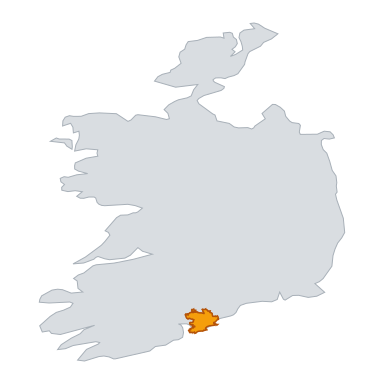 location of Midleton Lea-7, Cork, Ireland
{"feature_id": "5873133B11513938910004", "entity_name": "Midleton Lea-7", "entity_type": "district", "adm_level": 2, "iso_a3": "IRL", "parent_name": "Ireland", "parent_adm1": "Cork", "projection": "equal_earth", "projection_center": [-8.098, 51.922], "detail": "fine", "context": "in_parent", "style": "filled", "palette": "amber", "viewbox_px": 384, "rotation_deg": 0, "n_neighbors": 0, "source": "geoboundaries", "source_scale": "gbopen_adm2", "svg_char_len": 8498}
<svg xmlns="http://www.w3.org/2000/svg" viewBox="0 0 384 384"><path d="M260.5,46.2L249.7,51.6L248.0,53.7L245.0,62.0L244.6,64.4L237.9,73.7L234.0,75.6L228.3,77.1L225.0,78.6L220.9,77.8L215.7,77.9L213.1,79.6L213.3,80.9L214.8,82.3L224.4,86.6L223.9,88.4L221.2,90.4L204.0,95.5L198.8,98.5L197.1,100.5L198.9,103.8L212.7,113.9L215.0,115.0L217.0,120.9L229.2,123.4L234.2,127.0L238.5,127.9L247.8,127.6L251.6,129.0L253.7,127.9L254.9,126.0L265.3,118.8L262.0,113.5L272.5,104.4L275.4,104.5L280.3,107.3L284.4,111.1L285.7,116.3L289.6,121.0L292.1,122.6L298.8,123.5L300.4,125.3L299.3,132.1L300.3,134.4L317.4,134.2L324.2,131.2L330.1,131.8L333.1,134.8L334.4,137.9L329.3,139.1L324.0,138.5L321.4,140.5L321.3,144.5L323.2,149.6L326.8,153.2L329.7,161.3L332.2,170.4L336.0,175.9L336.8,182.7L336.3,186.1L337.1,192.1L335.5,194.2L336.8,199.9L343.3,218.2L344.7,232.5L341.7,237.9L337.7,243.0L335.0,249.1L333.0,255.6L331.9,266.2L323.1,278.6L319.3,281.7L314.9,283.6L324.7,292.3L316.8,296.2L308.2,297.4L298.6,295.3L292.6,295.5L285.1,300.1L283.4,299.2L279.7,292.1L277.2,299.5L271.7,301.8L262.2,301.3L246.4,303.3L240.4,305.4L237.9,308.7L236.0,312.5L233.5,314.8L230.8,315.9L218.6,318.8L216.2,319.9L210.5,326.1L203.1,329.6L197.0,330.7L191.5,327.1L189.3,324.9L186.7,323.8L178.4,324.0L181.0,325.1L182.7,327.7L183.5,332.5L182.6,337.3L178.4,339.7L173.5,340.2L165.7,345.1L155.4,346.5L149.8,351.0L115.6,358.8L113.7,358.9L109.0,356.9L103.9,356.0L98.8,356.6L84.5,361.0L77.6,360.1L86.5,349.4L98.4,344.0L99.7,342.5L95.8,341.7L73.2,345.5L65.4,348.7L57.6,349.6L61.2,344.7L71.4,338.1L80.2,333.7L84.0,329.7L94.6,325.3L60.3,334.5L51.4,333.4L49.3,330.8L42.3,332.0L39.7,325.8L50.2,316.4L56.3,312.4L63.5,310.2L70.4,307.1L73.0,303.3L69.8,302.0L49.1,303.0L39.3,302.2L39.9,299.2L41.7,295.8L52.0,290.1L57.6,289.2L62.5,289.7L71.2,293.1L82.8,292.0L78.0,288.4L77.2,281.0L73.6,278.5L78.3,275.0L83.8,273.0L92.9,265.9L96.1,264.8L114.0,263.1L133.3,259.3L152.4,254.2L142.6,251.3L137.9,247.6L130.4,255.2L124.9,258.1L109.6,259.7L104.8,258.8L98.0,256.5L95.8,257.4L93.9,259.2L83.7,263.0L73.0,263.9L85.5,257.0L101.3,245.3L104.8,241.6L109.9,235.2L108.4,232.4L105.1,230.8L116.6,217.6L120.6,215.2L127.9,214.9L133.2,212.8L135.6,212.8L137.7,212.0L142.4,208.1L135.2,205.6L127.8,204.3L104.8,205.7L101.7,205.4L98.9,204.2L97.1,202.4L95.7,198.0L94.1,197.0L88.9,197.0L83.8,198.3L80.2,198.2L76.7,196.3L82.3,191.7L75.2,190.7L67.9,191.6L61.8,190.2L61.7,187.3L64.5,184.5L60.9,181.8L60.2,178.4L64.1,176.7L68.2,177.3L76.8,174.8L87.7,173.6L78.4,171.1L74.7,169.0L74.6,165.7L75.3,162.9L86.2,158.2L97.8,156.2L97.0,153.1L97.8,149.8L86.2,148.8L74.6,151.1L75.9,144.8L78.8,139.0L79.4,135.2L78.9,131.2L73.4,132.9L72.9,127.2L70.6,123.3L62.6,126.0L62.9,120.9L65.2,117.2L69.4,115.7L73.6,116.4L81.2,116.3L88.7,113.6L99.4,112.9L116.4,113.7L128.0,121.4L131.0,120.0L135.7,115.2L137.9,114.7L155.5,116.8L166.5,119.5L169.4,118.7L167.9,113.3L164.1,109.6L168.8,104.8L174.6,101.5L178.4,99.8L187.3,97.8L191.2,95.9L193.7,89.7L197.8,84.5L175.6,87.2L154.5,81.1L157.9,76.7L162.4,74.3L170.1,72.4L170.8,70.1L174.7,68.3L181.1,63.3L178.8,56.9L180.1,52.2L184.7,49.2L186.1,44.8L188.2,41.6L197.6,40.4L206.6,37.4L220.4,37.0L224.0,38.2L223.2,33.0L229.7,32.3L232.3,33.3L233.4,37.1L236.4,39.5L237.3,43.6L235.3,46.8L232.0,49.3L235.1,51.8L230.4,56.4L235.5,54.5L242.7,50.0L242.3,46.3L241.0,41.7L239.0,37.6L239.9,33.0L244.0,30.1L254.7,28.7L250.2,23.5L254.1,23.0L258.4,24.1L264.7,28.2L277.9,33.8L271.5,38.9L263.6,42.4L260.5,46.2ZM72.3,146.9L72.0,149.3L66.9,146.2L64.5,142.9L50.4,141.3L56.3,138.0L59.2,139.0L69.1,139.1L71.9,140.5L72.3,146.9Z" fill="#d9dde1" stroke="#a8b0b8" stroke-width="1"/><path d="M192.6,325.7L192.8,325.8L192.4,326.1L192.4,326.5L192.6,326.8L193.6,326.7L193.8,326.7L194.2,326.7L194.8,326.5L195.1,326.4L195.4,326.4L195.1,326.4L195.0,326.6L194.9,326.6L194.7,326.8L194.0,326.9L194.0,326.7L193.9,326.8L193.9,327.0L193.5,327.3L193.5,327.6L193.4,327.8L193.6,327.8L193.2,328.0L192.8,328.0L192.5,328.0L192.4,328.0L192.4,327.8L192.3,328.0L192.1,328.0L191.5,328.1L190.9,328.6L190.7,328.5L190.3,328.5L190.2,328.8L190.6,329.0L190.8,329.2L190.8,329.6L190.7,329.7L190.2,329.8L189.6,329.7L189.9,329.4L189.7,329.2L189.4,329.3L189.4,329.5L189.5,329.6L189.6,329.9L189.0,330.1L188.6,330.5L188.9,331.0L189.5,331.1L189.5,331.3L189.7,331.5L189.5,331.8L189.4,332.0L189.4,332.4L189.2,332.5L189.3,332.5L189.5,332.5L189.9,332.5L190.0,332.6L190.5,332.4L190.9,332.6L191.0,332.4L191.5,332.3L191.8,332.3L192.1,332.5L192.3,332.5L192.5,332.6L192.8,332.4L193.3,332.4L193.3,332.5L193.4,332.4L194.4,332.4L194.5,332.2L194.6,332.3L194.6,332.6L194.7,332.8L194.9,332.9L194.9,333.1L194.9,333.3L195.3,333.2L195.7,333.1L196.1,332.9L196.2,332.7L196.6,332.4L196.9,332.1L197.0,332.0L197.1,331.9L197.5,331.7L198.0,331.4L198.9,331.3L199.3,331.1L199.7,331.2L200.2,331.2L200.5,331.1L200.8,331.1L201.0,331.0L201.5,331.1L202.2,331.0L202.3,331.1L202.6,331.1L202.9,331.1L203.2,330.8L203.5,330.7L203.7,330.3L203.9,330.4L204.1,330.5L204.3,330.5L204.5,330.4L204.6,330.2L204.8,330.2L205.1,330.1L205.4,330.2L205.5,330.1L206.0,330.0L206.1,329.8L206.4,329.9L206.6,329.7L206.7,329.8L207.1,329.6L207.1,329.4L207.1,329.5L206.9,329.4L207.1,329.4L206.9,329.4L206.5,329.2L205.7,329.0L205.6,328.8L205.7,328.5L205.6,328.3L205.7,327.8L206.2,327.5L206.4,327.2L206.9,326.8L207.4,326.5L208.6,326.1L209.7,325.7L211.3,325.7L211.6,325.6L211.8,325.5L212.2,325.4L212.5,325.5L212.8,325.4L213.0,325.5L213.4,325.3L213.5,325.3L213.7,325.2L214.0,325.3L214.1,325.2L214.4,325.2L214.5,325.0L214.8,325.0L214.9,324.9L215.0,324.9L215.1,325.0L215.4,324.9L215.5,325.0L215.8,325.0L216.0,325.0L216.4,324.7L216.5,324.7L216.5,324.8L216.6,324.7L216.7,324.4L216.4,324.2L216.2,324.1L215.8,324.0L215.5,323.8L215.2,323.7L214.0,323.6L213.8,323.4L213.7,323.1L213.8,322.5L214.8,322.1L215.1,322.1L215.3,322.0L215.7,321.6L216.6,320.3L217.6,319.7L218.3,319.4L218.3,319.2L218.2,318.9L218.4,318.9L218.3,318.5L218.1,318.4L218.3,318.2L218.1,317.1L217.9,316.6L217.6,316.2L217.4,315.9L216.9,316.3L216.7,316.3L216.1,316.4L216.0,316.6L215.9,316.6L215.7,316.4L215.4,316.4L215.4,316.2L215.2,316.3L215.0,316.2L214.9,316.3L214.3,316.3L213.5,316.4L213.2,316.2L213.0,316.3L212.8,316.3L212.7,315.9L212.4,315.4L212.4,314.9L212.3,314.6L212.1,314.1L212.1,313.9L212.2,313.5L211.9,313.3L211.8,313.1L211.5,312.9L210.1,312.5L210.2,312.2L209.9,312.1L209.9,311.8L210.2,310.9L209.8,310.9L209.4,311.0L209.0,311.3L208.5,311.0L208.1,311.1L208.1,310.9L207.9,310.6L207.5,310.3L207.2,310.2L207.0,309.8L206.6,309.6L206.2,309.6L205.6,309.2L205.6,308.9L205.4,309.0L205.2,309.4L204.2,309.5L202.9,309.5L202.9,309.4L202.9,309.2L202.7,309.1L202.2,309.4L202.3,309.5L202.5,310.0L202.8,310.5L202.8,311.0L202.9,311.4L203.3,311.7L203.4,311.8L203.6,312.2L203.6,312.4L204.0,312.9L204.1,313.3L204.0,313.5L203.8,313.5L203.3,313.4L202.8,313.1L202.5,313.2L202.3,313.2L202.2,313.1L202.0,312.9L200.5,312.9L200.1,312.8L199.7,312.9L199.3,312.8L198.9,312.7L198.5,312.7L198.1,312.6L197.9,312.3L197.7,312.4L197.6,312.1L197.4,311.9L196.4,312.1L196.4,311.8L196.2,311.6L195.9,311.1L195.7,310.7L195.8,310.3L195.8,310.2L195.3,310.2L195.2,310.4L194.7,310.5L194.6,310.3L194.2,310.2L194.0,309.6L193.6,309.4L193.6,309.1L193.3,309.3L193.3,309.6L193.2,309.6L192.6,309.7L192.4,309.5L191.8,309.5L191.6,310.0L191.9,310.5L191.9,310.8L191.8,311.0L192.1,311.1L192.7,311.6L193.8,311.6L194.7,311.7L194.7,311.8L195.4,311.8L195.5,312.2L195.4,312.2L194.9,312.2L193.6,312.1L193.6,312.4L193.5,312.5L193.0,312.5L192.8,312.4L192.6,312.5L192.3,312.5L192.1,312.5L191.4,312.4L189.9,312.7L189.9,312.8L189.7,313.2L189.4,313.4L189.1,313.5L188.1,313.7L188.3,313.8L188.1,314.3L188.0,314.5L188.2,314.8L188.1,315.0L187.9,314.8L187.6,314.7L187.2,314.8L186.3,314.2L185.9,313.9L185.7,314.1L185.5,314.5L185.7,315.1L185.4,315.1L185.7,315.8L185.8,316.1L186.1,317.1L186.5,317.8L186.6,318.0L186.8,318.3L187.2,318.5L187.6,318.5L187.8,318.7L187.8,318.9L187.9,319.0L188.1,318.8L188.6,318.9L188.8,318.5L188.9,318.4L189.0,318.4L188.9,318.4L189.3,318.5L189.4,318.3L190.0,318.4L190.4,318.7L190.7,318.9L191.2,319.2L191.6,319.1L191.9,319.1L192.3,319.1L192.7,319.2L192.7,319.3L192.8,319.4L193.2,319.6L193.5,320.0L193.8,320.0L193.7,320.2L193.3,320.6L193.2,321.0L193.3,321.1L193.1,321.3L193.2,321.5L193.3,321.5L193.3,321.8L193.1,322.0L192.7,322.3L192.1,322.5L191.7,322.5L191.2,322.4L190.9,322.4L190.3,322.4L190.0,322.5L189.9,322.6L190.0,322.7L190.0,323.2L189.7,323.2L189.7,323.3L189.8,323.4L190.0,323.5L189.9,323.9L189.8,324.0L190.2,324.4L190.5,324.7L191.3,324.7L192.2,324.6L193.0,324.7L193.0,325.3L192.9,325.5L192.6,325.7ZM217.7,324.5L217.4,324.5L217.5,324.7L217.7,324.5Z" fill="#f59e0b" stroke="#b45309" stroke-width="1.5"/></svg>